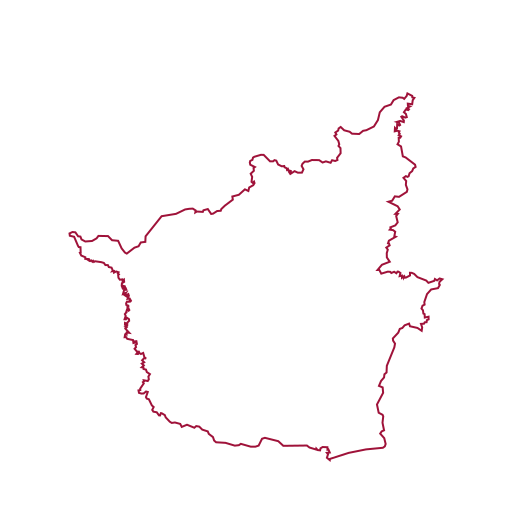 Ambatomainty, Melaky, Madagascar (Albers equal-area conic projection), rotated 102°
{"feature_id": "10022922B59098628147577", "entity_name": "Ambatomainty", "entity_type": "district", "adm_level": 2, "iso_a3": "MDG", "parent_name": "Madagascar", "parent_adm1": "Melaky", "projection": "albers", "projection_center": [45.384, -17.814], "detail": "fine", "context": "isolated", "style": "outline", "palette": "rose", "viewbox_px": 512, "rotation_deg": 102, "n_neighbors": 0, "source": "geoboundaries", "source_scale": "gbopen_adm2", "svg_char_len": 6083}
<svg xmlns="http://www.w3.org/2000/svg" viewBox="0 0 512 512"><g transform="rotate(102 256 256)"><path d="M411.9,343.0L414.2,342.0L414.4,339.5L413.8,337.3L411.4,335.4L411.5,333.6L416.9,334.3L418.2,333.2L418.4,331.0L423.8,326.8L425.0,324.7L428.1,325.5L429.6,324.0L429.5,320.6L432.1,317.7L431.9,316.7L429.5,316.4L429.4,315.6L430.6,312.1L432.6,310.8L436.0,305.9L436.8,303.7L435.7,300.7L436.0,295.2L438.6,293.1L435.4,288.4L436.8,280.6L434.8,279.1L434.7,276.0L437.0,272.5L437.6,266.7L439.8,265.2L442.1,260.4L445.2,258.6L446.5,256.3L445.1,247.0L445.9,237.3L444.6,233.4L442.9,231.8L443.6,221.4L442.6,216.9L440.9,214.0L433.5,212.1L432.0,209.5L432.5,195.7L436.0,189.8L430.8,166.8L432.2,163.9L432.8,157.0L431.8,157.0L433.0,155.3L432.8,152.9L430.7,152.9L429.0,151.1L428.2,146.4L430.6,145.8L430.1,145.0L432.9,143.0L433.8,145.7L435.0,144.3L438.6,144.7L440.3,141.4L439.1,141.5L429.3,124.4L422.3,108.2L417.2,92.0L415.4,90.4L412.9,90.1L407.5,92.7L403.9,97.6L401.4,96.6L399.9,94.5L392.8,97.6L386.4,98.2L385.0,99.2L383.8,103.4L376.1,106.8L363.4,103.2L358.2,104.8L357.5,108.7L352.2,107.7L348.2,105.5L345.0,105.8L342.8,104.1L336.2,105.2L316.6,101.7L312.8,101.8L310.3,104.3L308.2,105.0L301.4,100.9L297.4,100.2L296.0,97.9L292.9,96.2L290.3,92.2L292.7,90.8L292.8,83.1L294.7,78.4L291.3,78.6L288.1,80.5L287.3,77.6L285.8,77.2L285.3,75.4L283.2,75.5L282.1,74.0L279.5,74.6L281.1,78.1L277.8,79.0L277.5,80.3L274.4,81.4L273.0,83.2L270.0,82.8L268.5,81.0L266.1,81.8L257.7,80.8L252.3,77.7L249.6,71.3L246.1,70.2L245.3,71.1L243.1,71.1L240.0,68.9L239.8,71.7L242.2,73.8L241.3,76.2L243.2,76.4L246.4,81.8L244.6,84.4L243.1,93.7L240.6,97.6L240.1,100.2L240.4,101.9L243.0,101.3L245.9,104.8L246.2,105.7L245.2,106.5L246.3,106.9L245.2,107.2L246.9,108.7L244.8,109.2L245.8,111.3L242.6,111.2L241.7,113.4L241.8,114.3L243.7,115.1L242.7,117.6L244.5,120.1L243.6,121.3L243.9,123.8L247.2,129.8L244.0,132.5L244.4,134.2L238.4,131.0L233.8,124.0L230.2,127.7L226.0,128.7L222.4,128.4L220.7,130.3L217.8,127.5L216.1,128.5L216.1,129.5L213.4,129.2L208.1,123.3L207.9,124.8L203.3,124.9L202.2,127.3L202.4,130.6L201.1,129.9L200.0,130.5L197.1,126.1L193.6,124.4L187.8,127.2L185.4,126.1L185.8,128.4L180.6,125.1L177.9,127.8L175.4,137.8L173.6,134.3L168.8,132.6L168.4,128.4L161.9,121.8L159.3,121.7L155.3,124.2L151.4,124.7L148.9,128.0L146.7,126.0L147.1,124.3L146.3,123.3L143.1,123.0L140.5,120.9L137.7,120.4L135.7,118.4L133.6,119.4L128.5,130.1L128.0,133.1L118.7,136.9L117.3,140.8L114.5,140.0L110.7,141.0L110.3,139.5L108.8,139.0L108.2,141.5L106.6,140.8L105.8,141.9L104.2,141.6L104.1,143.9L105.2,146.2L101.8,146.7L102.7,145.4L101.9,144.6L97.7,145.3L98.6,143.0L97.9,142.3L95.7,143.9L95.5,146.0L93.9,143.1L94.3,139.3L92.8,139.5L89.6,142.8L88.9,142.1L89.6,138.8L88.8,137.4L85.9,138.9L84.6,141.2L81.5,139.9L81.6,137.4L80.7,136.9L79.8,138.9L77.7,136.5L77.5,138.6L75.4,139.2L75.1,134.8L71.0,135.1L68.4,134.0L68.3,136.1L66.9,136.5L65.5,141.7L68.1,141.9L71.5,143.7L70.7,145.4L71.1,149.2L74.9,153.8L79.8,155.5L83.3,161.3L89.7,164.8L97.7,165.0L104.8,167.6L110.0,174.2L111.3,177.3L115.2,180.4L116.4,187.5L115.0,190.2L114.7,195.9L112.2,200.0L114.1,201.7L116.2,201.7L118.7,204.1L120.4,202.6L122.2,204.2L126.3,199.4L129.4,197.8L131.2,198.2L132.9,195.8L137.9,194.6L143.1,197.1L145.2,196.3L146.6,198.3L146.5,201.5L149.3,202.4L148.9,207.3L150.7,210.3L149.1,214.2L150.5,221.3L152.9,224.8L153.5,227.9L156.1,229.7L158.4,230.1L161.3,227.6L164.9,228.4L165.8,232.4L165.0,235.9L168.6,239.5L167.1,241.0L166.4,239.4L165.6,239.6L165.4,242.3L164.3,242.8L165.2,243.6L163.8,244.2L163.3,246.5L162.1,247.1L162.9,249.4L161.9,253.4L158.5,256.0L158.4,257.9L159.8,258.9L160.5,261.9L155.5,269.5L156.0,272.2L159.3,278.3L160.4,279.4L162.7,279.5L164.2,281.4L165.8,281.5L167.9,280.6L169.2,275.6L170.4,276.7L173.1,275.8L176.6,278.3L179.4,276.2L184.4,275.8L185.1,274.5L183.6,273.4L185.0,272.6L187.3,273.4L190.4,276.9L194.0,277.0L193.1,280.7L199.7,285.5L202.7,291.5L205.7,290.4L213.2,296.9L217.3,299.7L219.1,299.9L220.1,303.4L223.5,306.8L224.2,308.6L220.1,312.9L222.2,316.9L223.9,317.2L224.8,323.1L226.0,324.4L224.0,324.5L222.8,327.7L223.7,331.1L225.2,335.0L231.4,343.0L236.7,356.6L259.7,368.1L265.2,367.2L266.7,371.5L270.9,372.9L273.1,376.6L280.5,382.9L279.9,384.9L276.5,389.0L269.8,394.0L270.5,400.1L267.3,404.9L269.1,414.3L271.9,415.6L275.4,419.5L277.3,426.0L276.1,430.1L273.5,431.8L273.7,434.1L270.4,437.6L270.7,440.5L272.7,443.1L274.9,442.3L275.0,437.9L283.1,432.2L284.1,431.2L283.9,429.5L289.1,428.2L289.5,428.9L291.9,427.0L292.7,422.7L294.3,422.4L293.9,419.8L294.5,420.1L295.3,418.1L294.6,417.9L295.3,417.0L294.6,416.1L295.6,414.9L294.6,414.3L295.5,413.3L294.6,412.4L294.2,406.1L294.4,403.4L296.2,401.4L295.7,399.0L297.4,397.7L297.4,394.9L300.0,393.0L300.8,393.4L300.2,391.8L301.7,391.4L300.2,389.6L300.5,387.1L301.6,387.6L302.5,386.3L303.2,386.9L305.9,386.0L307.5,384.2L306.7,382.0L307.8,381.5L306.5,380.3L308.7,379.6L310.5,381.5L312.7,381.2L312.9,378.0L314.1,377.5L314.1,379.1L313.3,379.4L313.8,380.7L315.6,379.5L314.6,376.7L316.0,375.8L316.6,377.9L320.8,378.2L319.0,375.6L321.5,376.6L322.6,373.9L320.8,374.3L319.8,373.0L321.3,372.1L324.6,372.7L323.9,370.7L325.8,369.0L326.4,369.3L325.7,370.3L327.2,370.7L327.4,372.7L329.3,373.2L330.8,372.7L331.1,370.6L331.8,370.4L332.0,371.3L334.3,370.7L333.9,369.7L335.2,368.7L336.1,369.3L335.6,371.1L337.8,371.3L338.9,370.5L338.3,371.3L340.1,372.2L341.7,371.0L345.2,371.4L345.0,370.1L343.3,369.3L344.2,367.1L345.8,366.6L347.9,368.0L349.1,367.8L348.7,370.2L350.4,369.9L350.1,368.6L350.9,367.7L352.3,369.0L352.6,367.7L354.2,368.7L357.5,364.0L357.7,366.5L359.5,366.3L358.9,367.1L359.8,367.7L362.7,367.6L362.3,366.4L363.8,364.7L363.8,358.8L366.6,357.8L365.8,356.2L364.7,356.9L364.2,355.3L366.8,354.2L368.2,355.4L370.1,354.4L372.0,355.5L374.2,352.6L373.8,349.8L374.8,351.7L376.6,352.6L376.4,351.0L375.0,350.1L375.8,348.2L374.3,346.2L378.4,344.0L379.1,342.1L379.2,344.2L381.7,345.7L383.2,343.3L385.0,345.3L386.3,343.0L388.6,344.6L388.5,342.9L389.9,342.5L390.0,340.0L392.2,338.7L393.6,335.2L396.3,336.2L398.9,335.2L400.8,335.9L400.9,340.0L401.9,339.5L402.9,340.4L404.0,339.3L409.8,341.7L411.2,341.3L411.9,343.0Z" fill="none" stroke="#9f1239" stroke-width="2"/></g></svg>